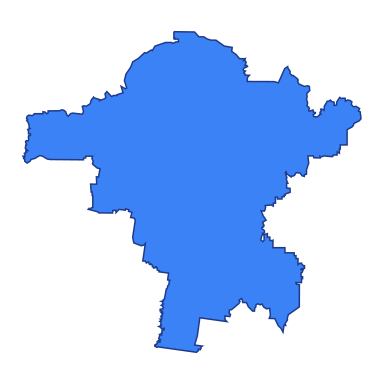 Mitchell, Victoria, Australia
{"feature_id": "25037944B63787272509894", "entity_name": "Mitchell", "entity_type": "district", "adm_level": 2, "iso_a3": "AUS", "parent_name": "Australia", "parent_adm1": "Victoria", "projection": "mercator", "projection_center": [145.144, -37.175], "detail": "fine", "context": "isolated", "style": "filled", "palette": "blue", "viewbox_px": 384, "rotation_deg": 0, "n_neighbors": 0, "source": "geoboundaries", "source_scale": "gbopen_adm2", "svg_char_len": 5942}
<svg xmlns="http://www.w3.org/2000/svg" viewBox="0 0 384 384"><path d="M28.3,137.3L28.8,138.8L28.2,140.8L26.3,140.7L25.5,141.9L26.6,144.6L25.8,144.9L25.3,148.3L27.6,150.5L26.0,150.4L26.4,151.5L25.9,151.3L25.9,152.5L24.4,153.3L25.1,154.1L24.6,156.1L23.0,156.2L23.8,157.5L24.4,157.4L23.6,158.5L24.8,159.5L24.7,161.2L27.1,163.1L30.1,161.2L31.1,159.4L34.9,158.4L39.4,155.7L41.8,155.8L47.2,159.0L50.0,159.5L83.5,159.8L83.6,158.2L85.8,157.8L85.8,156.2L92.5,156.2L91.9,158.4L93.2,161.3L92.5,163.4L92.9,164.5L97.3,168.1L100.0,168.6L98.5,177.0L96.4,176.8L96.7,184.2L90.6,184.1L91.2,192.1L92.1,192.1L92.2,195.5L92.8,195.5L92.8,207.4L91.1,208.0L90.4,209.1L89.3,209.3L88.9,208.5L88.2,209.3L97.8,211.8L98.6,212.9L112.6,213.0L112.9,210.4L115.9,210.3L116.0,212.6L119.0,209.4L125.3,210.2L125.6,208.9L129.0,209.8L128.6,211.4L131.9,212.3L130.6,217.5L134.0,218.0L135.3,220.1L132.7,237.2L133.8,242.9L141.5,245.8L144.3,244.8L145.3,243.6L142.8,261.0L145.5,261.3L146.3,263.0L148.6,261.9L149.3,264.2L150.3,264.6L150.8,263.8L152.2,265.0L152.4,266.6L153.0,266.5L153.6,268.0L155.7,267.7L155.6,266.8L156.3,266.8L157.2,268.0L157.2,270.0L159.4,270.8L159.0,271.8L168.6,273.1L167.6,279.9L169.9,280.3L169.2,281.2L168.9,284.6L167.8,285.8L167.2,288.6L166.3,289.0L164.5,298.7L163.2,300.0L163.5,300.8L161.4,301.3L162.5,301.7L162.6,303.6L163.3,304.0L161.4,305.2L162.5,305.5L162.4,306.5L163.5,307.3L163.0,308.7L160.1,309.3L160.2,311.0L161.7,310.8L162.5,312.0L161.2,312.5L162.5,313.4L161.9,313.7L162.5,314.9L160.9,316.1L161.0,317.0L161.9,316.9L161.9,317.8L161.5,318.9L160.3,319.1L161.4,319.9L159.8,321.4L161.1,321.7L160.7,325.1L161.2,325.6L158.8,326.5L160.6,327.3L161.5,328.8L164.1,328.3L163.9,330.0L163.1,329.8L161.9,330.7L162.0,333.3L160.7,333.2L161.4,333.6L160.8,334.0L161.4,334.9L159.5,334.5L159.7,335.7L158.7,338.6L160.4,339.7L158.7,340.5L159.9,340.9L160.1,342.0L157.1,341.9L157.3,343.7L155.6,344.5L155.7,345.7L154.8,345.3L154.7,346.1L156.9,347.3L158.2,346.9L196.5,352.3L198.4,350.6L198.4,349.1L200.3,349.7L201.1,348.1L200.9,346.8L202.2,346.1L194.6,345.0L197.3,336.1L199.8,317.8L226.9,321.6L225.0,319.5L225.0,316.0L229.9,316.6L230.5,314.5L229.2,313.1L229.3,310.2L231.7,309.5L238.8,303.6L240.0,301.6L239.0,300.3L241.3,298.5L241.9,298.8L242.8,302.5L246.5,302.6L248.3,306.7L252.6,311.1L254.5,311.1L254.7,308.1L255.8,307.0L256.0,304.8L257.6,303.8L260.3,304.8L261.9,303.9L263.9,307.2L266.6,308.9L269.6,308.2L270.4,315.1L269.2,318.4L274.8,318.6L278.3,325.8L280.9,328.2L283.0,332.1L284.0,325.2L285.7,325.5L285.1,323.5L287.4,320.1L287.4,317.7L288.3,314.7L299.3,306.9L299.4,284.8L296.4,284.2L295.9,282.6L301.5,282.6L301.5,278.7L302.6,278.7L302.6,276.7L301.0,276.7L301.1,272.8L302.1,272.5L303.3,269.3L301.1,269.7L301.2,268.8L304.5,268.4L304.5,265.7L303.6,265.9L301.1,263.3L302.2,263.3L301.2,263.1L299.5,263.4L298.0,264.5L298.0,258.6L296.0,258.7L296.0,255.7L294.2,255.7L294.2,252.8L285.0,252.8L284.9,247.7L272.9,247.7L273.0,240.2L271.9,240.7L269.8,240.2L269.8,237.1L267.4,237.1L267.4,233.6L264.1,234.5L264.1,240.3L262.7,241.6L260.8,239.9L261.7,235.9L262.8,234.7L262.5,233.2L263.6,233.3L264.6,232.1L264.2,230.4L261.8,228.6L261.9,227.6L263.7,226.7L263.4,225.8L264.0,225.4L262.6,222.2L266.1,220.2L263.2,215.8L261.1,210.7L264.2,211.2L265.1,209.8L265.6,207.1L265.2,205.5L271.3,205.0L273.3,206.1L273.3,203.2L275.5,203.2L275.4,197.2L277.5,197.1L277.5,199.0L282.0,199.0L282.0,196.7L284.2,196.7L284.2,195.2L285.1,195.2L284.9,194.5L285.8,193.8L290.1,192.4L290.1,188.4L286.6,187.9L286.6,183.1L287.8,183.1L286.8,181.0L286.3,178.4L286.9,177.7L285.5,173.8L285.4,172.4L286.1,171.7L286.6,173.7L290.9,176.8L290.9,175.6L291.3,176.5L294.4,175.5L296.2,172.6L300.1,173.1L302.1,175.8L304.3,176.4L304.4,174.7L306.5,174.2L306.5,169.8L308.7,163.1L307.9,155.9L313.4,155.9L313.9,157.8L320.2,157.9L320.0,156.3L320.9,157.0L324.1,155.9L332.1,156.7L333.2,155.9L333.3,155.0L337.1,155.0L337.2,151.9L339.4,153.2L339.4,149.0L340.3,149.0L340.3,144.9L347.1,144.9L347.1,129.6L352.0,127.0L353.2,125.7L354.0,123.4L359.3,120.8L361.0,118.7L360.2,111.8L358.4,111.1L359.6,108.6L356.0,106.3L354.3,106.8L352.6,106.2L351.3,104.2L351.9,101.9L350.1,100.5L347.7,100.0L345.5,101.1L345.1,98.2L341.0,98.3L339.7,97.4L336.8,101.9L336.4,105.2L334.2,105.4L334.1,102.2L331.7,101.5L330.4,100.1L328.8,101.2L327.3,101.2L324.3,106.3L324.1,110.3L321.8,109.0L320.7,109.2L321.2,110.8L320.0,112.3L320.9,114.2L319.6,114.2L319.3,115.3L317.0,117.0L313.7,116.5L313.2,114.5L315.3,113.4L315.4,112.6L313.3,112.0L313.0,110.0L309.0,111.3L308.6,109.9L309.4,108.8L308.8,107.1L307.1,106.2L307.6,102.7L306.5,99.3L307.1,97.1L306.8,93.5L309.7,90.6L309.4,86.5L307.9,85.8L304.3,86.4L298.8,83.9L297.6,81.3L298.2,80.1L297.4,78.8L293.1,75.4L292.1,75.7L290.0,73.5L290.1,71.3L287.8,67.8L287.7,66.6L284.7,68.6L278.4,82.8L274.1,81.6L247.2,81.5L247.5,77.3L249.4,75.3L245.1,75.1L244.9,73.6L243.8,73.0L245.4,71.0L243.7,70.8L243.1,69.7L243.8,68.3L247.5,66.5L246.8,65.4L244.9,65.5L246.2,62.3L244.8,60.2L245.1,59.1L243.8,60.2L244.3,58.7L239.6,58.7L236.0,54.5L231.7,51.4L232.2,47.4L224.3,46.1L216.0,40.2L210.7,40.1L206.8,38.8L203.8,36.8L198.9,36.8L194.6,32.0L174.4,31.7L173.9,32.3L173.9,38.4L174.7,38.2L174.4,39.0L175.2,39.2L177.9,39.0L178.4,39.6L178.5,41.8L175.9,41.9L173.0,43.4L171.5,42.5L165.6,42.5L155.0,46.1L152.3,50.6L151.3,50.0L146.3,53.1L144.5,52.7L138.3,58.5L132.8,61.8L130.6,67.4L126.0,74.1L124.4,80.5L126.7,88.1L125.2,88.7L121.1,86.4L123.1,92.8L117.0,94.7L117.0,95.5L113.4,95.5L111.6,96.6L106.9,91.6L105.0,93.8L105.8,97.4L104.7,98.7L99.6,100.6L99.8,99.6L93.9,97.8L93.6,97.1L91.1,100.3L90.3,103.7L86.2,106.3L83.5,105.8L82.3,106.4L83.5,111.7L82.4,114.2L72.6,113.1L70.5,113.7L68.2,116.2L66.9,115.0L65.6,111.6L63.6,110.1L61.3,109.9L59.7,110.8L48.1,110.9L48.1,112.9L46.8,113.7L45.1,112.1L43.0,111.7L43.0,113.7L34.3,113.7L32.7,115.6L28.7,115.2L27.1,116.4L26.5,118.6L27.5,119.6L26.7,120.6L28.1,122.3L29.2,125.8L29.1,127.6L30.1,128.6L27.7,129.4L28.5,131.2L28.5,133.9L30.1,133.6L30.6,134.3L30.3,135.5L28.7,135.7L28.3,137.3Z" fill="#3b82f6" stroke="#1e3a8a" stroke-width="1.5"/></svg>